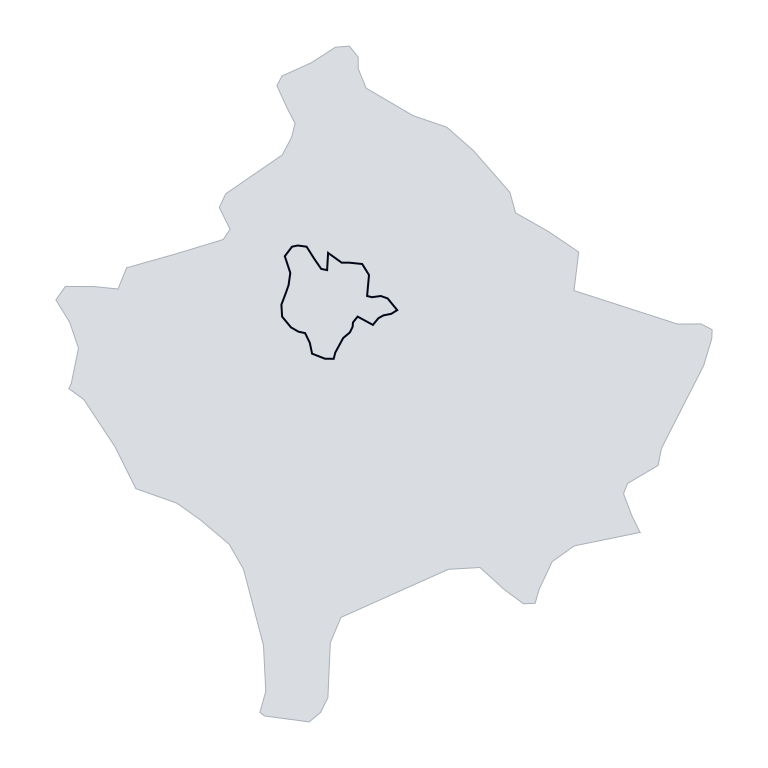 where Srbica sits in Kosovo
{"feature_id": "KOS-5896", "entity_name": "Srbica", "entity_type": "District", "adm_level": 1, "iso_a3": "XKX", "parent_name": "Kosovo", "parent_adm1": "", "projection": "natural_earth1", "projection_center": [20.758, 42.727], "detail": "fine", "context": "in_parent", "style": "outline", "palette": "ink", "viewbox_px": 768, "rotation_deg": 0, "n_neighbors": 0, "source": "natural_earth", "source_scale": "10m", "svg_char_len": 1528}
<svg xmlns="http://www.w3.org/2000/svg" viewBox="0 0 768 768"><path d="M175.8,253.9L223.2,239.5L230.1,229.3L219.3,207.5L225.7,193.8L282.3,154.9L291.6,137.3L295.1,123.4L287.5,108.8L276.9,85.7L282.0,76.0L311.4,62.7L335.3,47.3L349.4,46.1L358.2,57.2L358.2,68.7L366.1,88.1L383.7,98.5L412.9,115.6L446.9,127.3L473.5,150.7L509.9,192.3L515.5,212.9L548.2,231.4L578.7,252.1L574.0,290.6L677.6,324.1L701.0,323.9L712.1,329.7L711.8,338.5L703.7,365.5L661.5,448.2L658.1,465.4L627.6,483.4L623.5,493.7L632.2,516.6L640.2,532.6L639.6,532.5L574.2,545.9L552.2,561.6L539.2,589.1L535.1,603.3L523.5,603.8L504.3,589.6L480.0,567.5L448.4,569.3L340.9,617.4L330.3,642.8L327.9,697.6L320.6,712.4L309.1,721.9L264.6,716.0L259.9,712.4L265.8,691.3L263.5,645.3L243.5,569.2L229.2,544.2L199.8,519.4L176.9,503.2L135.9,488.7L115.1,446.9L83.8,399.5L68.8,388.6L71.2,383.9L78.5,348.1L69.6,322.1L55.9,299.9L65.4,286.4L94.2,286.6L118.0,289.0L126.6,267.8L175.8,253.9Z" fill="#d9dde1" stroke="#a8b0b8" stroke-width="1"/><path d="M282.1,316.6L281.4,304.7L285.9,292.8L288.6,285.0L290.3,272.9L284.8,256.2L292.0,246.7L297.8,245.5L306.6,246.7L314.4,259.0L321.2,268.9L327.1,270.1L328.1,252.9L341.7,262.7L349.5,262.7L362.2,264.0L369.0,275.0L368.1,284.9L367.1,296.0L372.0,297.2L380.8,296.0L387.6,298.4L397.2,310.1L391.3,313.8L383.4,315.4L378.4,318.2L372.9,324.9L357.6,316.6L353.0,322.4L352.6,326.9L349.8,332.5L343.2,338.0L335.3,352.5L333.7,358.8L324.9,358.7L312.1,353.7L309.8,342.8L305.1,333.1L298.5,331.7L291.0,327.4L282.1,316.6Z" fill="none" stroke="#020617" stroke-width="2"/></svg>